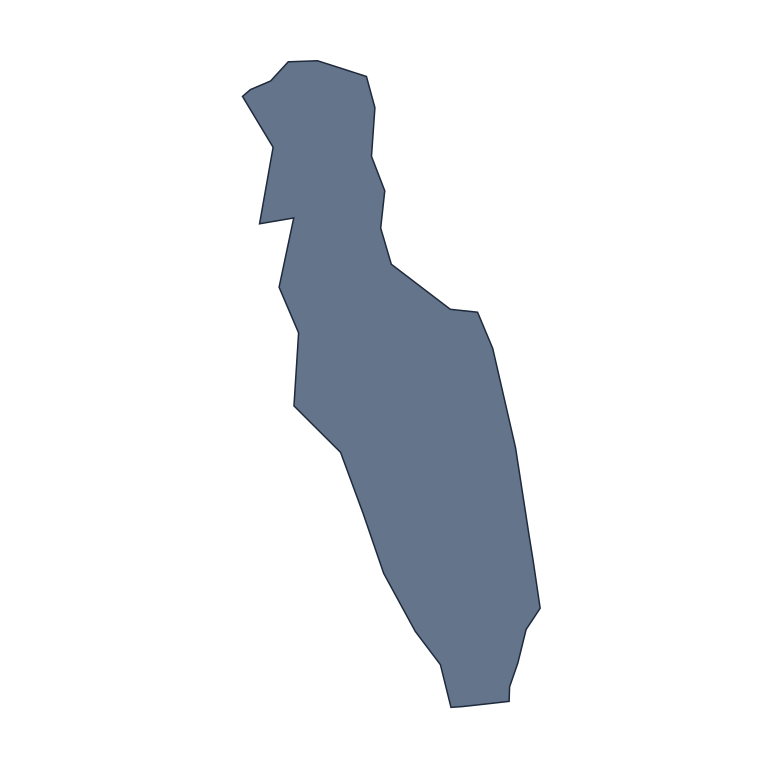 Kourdaka, Paphos, Cyprus (Albers equal-area conic projection), rotated 193°
{"feature_id": "46923920B66181635672664", "entity_name": "Kourdaka", "entity_type": "district", "adm_level": 2, "iso_a3": "CYP", "parent_name": "Cyprus", "parent_adm1": "Paphos", "projection": "albers", "projection_center": [32.537, 34.86], "detail": "fine", "context": "isolated", "style": "filled", "palette": "slate", "viewbox_px": 768, "rotation_deg": 193, "n_neighbors": 0, "source": "geoboundaries", "source_scale": "gbopen_adm2", "svg_char_len": 624}
<svg xmlns="http://www.w3.org/2000/svg" viewBox="0 0 768 768"><g transform="rotate(193 384 384)"><path d="M190.7,102.9L193.5,117.2L190.8,142.3L190.3,176.8L181.4,200.6L198.4,244.1L209.5,271.4L241.4,351.3L286.1,443.2L309.0,475.0L336.2,471.7L403.8,502.3L422.3,535.2L426.7,572.4L447.4,603.0L455.0,651.2L470.3,679.7L521.5,684.0L549.8,676.4L556.6,664.4L562.6,653.8L580.4,640.8L586.6,632.4L545.3,589.7L541.3,512.1L509.3,525.5L508.0,454.7L478.7,414.6L466.8,342.4L410.9,307.6L375.0,252.8L341.7,199.4L297.8,149.9L265.9,123.2L246.0,84.0L234.8,87.4L207.4,97.0L190.7,102.9Z" fill="#64748b" stroke="#1e293b" stroke-width="1.5"/></g></svg>